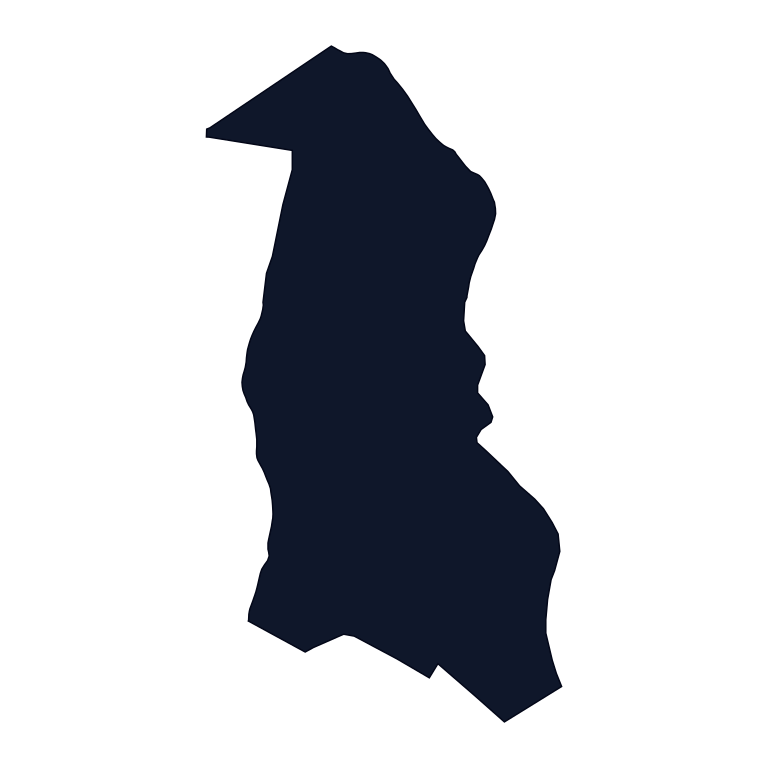 Derierre Bois, Laborie, Saint Lucia
{"feature_id": "8701671B73692307492725", "entity_name": "Derierre Bois", "entity_type": "district", "adm_level": 2, "iso_a3": "LCA", "parent_name": "Saint Lucia", "parent_adm1": "Laborie", "projection": "mercator", "projection_center": [-60.977, 13.768], "detail": "fine", "context": "isolated", "style": "filled", "palette": "ink", "viewbox_px": 768, "rotation_deg": 0, "n_neighbors": 0, "source": "geoboundaries", "source_scale": "gbopen_adm2", "svg_char_len": 2627}
<svg xmlns="http://www.w3.org/2000/svg" viewBox="0 0 768 768"><path d="M429.3,677.8L437.9,663.7L474.6,695.5L504.4,721.9L561.6,686.5L556.3,673.3L552.2,660.1L545.8,633.1L545.8,619.8L547.6,599.4L551.1,579.6L554.6,570.6L559.8,551.4L558.1,534.0L552.2,522.6L543.5,508.8L534.7,499.1L519.6,485.9L507.9,471.5L501.5,465.5L486.3,451.1L477.0,442.7L476.4,437.3L481.1,429.5L491.0,422.3L492.7,416.9L488.1,404.9L477.6,392.9L477.6,385.1L480.5,377.2L485.1,364.6L484.6,355.6L478.1,346.6L465.3,331.0L463.6,320.8L464.7,302.2L466.9,297.5L467.0,295.6L468.6,287.0L469.2,282.8L470.8,276.4L473.7,268.1L475.0,263.8L476.5,260.2L477.4,258.0L478.9,254.9L481.9,250.3L484.5,245.7L486.7,240.9L488.7,235.6L491.3,229.0L492.5,225.3L494.5,219.3L495.6,213.8L495.4,208.6L494.4,202.2L493.3,199.8L490.8,193.4L488.7,188.9L486.9,185.6L484.7,181.8L481.6,178.0L479.4,175.7L477.6,174.6L473.2,172.7L470.6,171.5L465.5,166.2L461.9,161.6L458.9,157.7L456.2,154.3L454.8,151.8L452.7,149.9L448.9,148.3L446.3,147.0L443.7,145.5L441.6,143.8L439.5,142.0L435.9,138.6L432.4,134.5L428.1,129.0L424.6,124.2L419.7,116.0L415.8,109.3L411.6,102.6L407.6,96.2L402.7,89.4L397.6,83.1L394.0,79.1L390.1,73.1L388.2,68.9L386.5,66.4L384.4,63.6L382.3,61.6L380.8,60.2L379.2,59.0L376.0,56.9L372.3,54.7L369.5,53.6L365.4,52.7L363.3,52.5L359.6,52.5L355.5,53.1L351.3,53.6L347.4,53.7L343.5,52.8L339.9,50.8L337.6,49.7L334.7,47.9L331.3,46.1L209.8,127.9L206.7,129.1L206.4,137.0L209.1,137.1L292.3,150.4L292.3,169.7L282.9,204.6L272.4,256.4L266.5,273.3L263.0,302.3L263.3,304.7L263.3,305.5L263.0,307.4L262.8,309.2L261.2,316.0L260.3,318.7L258.2,323.1L255.9,327.3L253.8,331.5L252.0,335.6L250.6,339.2L249.4,343.0L248.5,346.2L247.6,349.5L247.1,352.7L246.5,357.6L246.2,362.0L245.3,367.3L244.3,371.0L243.1,375.0L242.5,378.1L242.0,382.3L242.3,386.4L243.0,390.4L244.2,393.9L245.8,397.6L247.1,401.5L248.7,404.9L251.3,409.1L252.7,411.8L253.7,414.8L254.3,418.6L254.9,422.5L255.6,429.2L256.2,433.9L256.8,439.5L256.8,443.1L256.8,446.6L256.5,450.9L256.5,453.8L257.0,457.8L258.0,460.4L260.9,465.7L262.4,468.3L264.2,472.2L265.9,476.6L267.2,479.9L269.0,484.0L270.5,488.6L271.0,492.8L271.8,497.7L272.2,500.5L272.6,505.5L272.9,511.0L273.0,514.1L272.8,518.2L272.3,521.0L271.5,526.5L270.2,532.4L268.6,539.8L268.0,543.0L268.0,549.2L268.7,552.3L269.2,556.0L267.6,560.6L264.6,564.7L261.8,569.2L260.4,573.3L259.4,577.5L258.2,582.8L257.7,585.0L256.9,588.2L256.0,591.6L254.7,595.6L253.9,597.8L252.9,600.8L252.3,602.4L250.9,606.2L249.9,608.9L249.4,611.1L248.9,614.1L248.8,616.0L248.6,620.2L248.3,621.0L305.2,652.0L313.4,647.5L337.0,637.1L343.7,634.2L354.2,636.1L397.0,658.9L429.3,677.8Z" fill="#0f172a" stroke="#020617" stroke-width="1.5"/></svg>